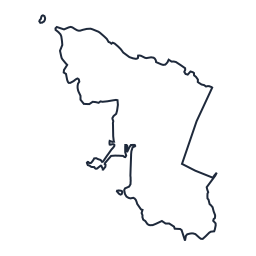 Ngerkebesang, Palau (Equal Earth projection)
{"feature_id": "81905179B69060738119315", "entity_name": "Ngerkebesang", "entity_type": "district", "adm_level": 2, "iso_a3": "PLW", "parent_name": "Palau", "parent_adm1": "", "projection": "equal_earth", "projection_center": [134.445, 7.355], "detail": "fine", "context": "isolated", "style": "outline", "palette": "slate", "viewbox_px": 256, "rotation_deg": 0, "n_neighbors": 0, "source": "geoboundaries", "source_scale": "gbopen_adm2", "svg_char_len": 5022}
<svg xmlns="http://www.w3.org/2000/svg" viewBox="0 0 256 256"><path d="M207.7,86.1L206.0,86.5L204.1,85.1L201.5,84.5L200.3,83.7L199.0,82.9L197.8,82.0L197.8,81.5L197.9,79.6L197.0,78.3L196.0,76.9L194.3,75.5L194.1,75.4L194.0,74.3L194.0,73.1L193.7,72.9L192.8,72.2L191.8,71.9L190.5,71.5L187.7,74.6L187.1,74.4L185.6,74.0L184.3,71.9L184.9,70.5L185.2,69.9L185.1,68.2L181.1,65.4L175.9,62.0L174.5,61.7L173.7,61.5L171.6,61.6L169.6,60.3L168.7,59.7L167.9,61.3L167.6,62.1L167.4,62.3L166.6,63.3L165.3,64.6L163.1,64.9L161.2,64.3L156.1,62.1L155.8,60.3L154.8,58.6L153.6,57.7L151.1,57.3L146.4,58.1L145.0,57.8L141.8,56.2L141.0,55.8L139.5,55.5L139.0,55.5L138.1,55.6L138.0,57.9L136.8,58.7L135.6,58.8L132.9,58.3L129.4,57.1L123.2,52.5L121.7,50.4L120.6,49.0L120.3,48.7L118.2,46.6L117.4,45.9L114.6,43.5L112.7,42.7L112.6,42.8L111.4,43.7L110.2,42.6L109.0,42.1L108.6,42.0L106.8,38.9L104.5,36.7L102.8,35.2L99.9,32.7L98.4,31.7L92.5,29.3L90.6,28.7L86.8,28.9L82.9,29.8L80.0,30.7L78.6,30.7L77.3,30.3L77.0,30.2L74.7,28.9L72.4,27.4L71.4,27.1L70.7,26.9L68.7,27.4L64.0,29.4L56.8,27.0L56.3,27.5L55.5,28.3L55.6,29.9L55.9,30.1L58.5,32.2L60.5,34.4L61.3,36.4L62.0,41.2L62.3,45.0L61.2,47.7L61.0,48.4L60.8,48.7L60.0,50.8L61.2,56.3L61.6,57.9L62.4,59.3L65.7,63.3L67.2,64.9L65.0,68.4L64.0,69.9L63.7,72.5L66.0,73.9L66.5,76.6L67.2,80.1L67.4,80.5L67.9,81.9L68.7,82.9L70.2,82.9L73.6,81.1L74.8,80.1L76.5,78.9L77.6,78.5L78.8,79.4L79.1,80.7L79.3,81.7L78.7,82.6L78.0,83.7L77.7,85.4L77.6,85.8L77.6,86.3L77.6,88.0L77.9,89.5L78.0,90.1L78.5,91.6L79.6,93.9L80.5,95.8L80.5,99.7L83.7,103.7L83.8,103.9L84.7,103.9L85.8,104.0L89.3,104.1L92.7,101.8L95.7,102.1L98.6,102.8L100.5,101.4L102.5,101.8L106.4,101.4L107.4,101.3L108.5,101.1L113.3,100.3L116.0,99.9L117.5,100.2L117.9,104.9L117.1,110.5L116.2,113.8L113.6,116.0L113.3,116.5L112.4,118.1L112.5,119.0L113.3,121.1L113.1,122.1L112.9,123.2L113.0,124.8L113.2,136.2L113.7,140.8L114.0,141.7L112.8,141.8L112.4,141.9L109.7,140.9L109.6,141.4L109.5,141.9L109.5,143.6L109.7,144.6L110.6,144.7L111.4,144.5L112.2,144.2L113.2,144.2L113.7,144.3L114.1,144.5L114.3,144.7L114.4,144.9L114.3,146.0L113.4,147.4L111.4,149.6L108.1,154.3L107.4,155.2L106.5,156.5L104.5,159.4L103.1,161.5L102.1,161.9L102.0,161.7L101.4,161.0L101.2,160.7L100.6,160.0L100.2,159.8L99.4,159.6L97.5,158.9L97.0,158.6L96.2,158.2L94.2,158.4L93.6,159.5L93.0,160.5L91.2,162.8L90.3,163.0L90.0,163.1L89.1,162.9L88.3,162.0L87.7,161.9L87.2,162.4L86.9,162.7L87.1,163.5L87.3,163.9L87.8,165.1L89.1,165.5L89.7,165.7L90.5,166.4L90.8,166.6L91.9,167.0L92.9,167.0L93.7,167.1L93.9,167.1L94.3,167.1L94.5,167.6L94.7,167.8L95.1,168.3L95.7,168.7L96.4,168.7L96.6,168.7L97.3,168.4L98.8,167.1L99.7,166.5L100.0,166.2L100.6,165.7L101.0,165.7L101.1,165.9L101.5,166.1L101.8,166.9L102.2,167.7L102.7,168.6L102.8,169.2L102.8,169.5L103.3,169.5L103.7,168.8L105.3,166.9L105.5,165.7L105.5,164.7L105.3,164.6L104.7,164.1L104.9,163.5L104.9,163.2L111.1,155.9L115.1,155.6L119.2,155.7L120.9,155.8L123.0,155.9L124.4,156.9L124.5,157.0L125.2,157.1L125.3,157.1L126.2,155.6L125.2,152.2L125.2,150.2L125.2,146.7L125.3,145.5L125.3,145.0L126.5,145.0L127.2,145.7L127.0,152.2L129.5,147.0L130.5,145.6L130.9,145.0L134.3,144.9L134.9,145.1L135.0,145.3L135.2,146.0L134.7,146.5L134.0,146.7L133.3,147.0L132.8,147.2L132.6,147.2L132.4,148.0L131.4,151.2L131.1,154.3L131.1,155.1L130.6,169.1L130.4,175.7L130.6,177.6L130.6,179.7L130.7,180.9L130.6,181.5L130.5,184.2L129.1,186.6L125.0,188.4L124.2,190.1L124.8,193.3L124.9,193.8L125.3,194.6L126.5,196.6L128.6,197.9L130.6,198.4L131.3,198.2L133.3,197.8L134.6,198.5L135.8,199.9L136.6,201.9L137.2,203.9L140.3,208.4L141.0,209.4L142.5,209.9L142.0,211.7L141.6,213.0L141.9,213.7L142.5,215.3L142.5,215.7L142.4,217.1L143.2,219.6L144.0,220.2L145.3,221.0L147.3,223.9L148.0,224.4L148.5,224.8L150.0,225.2L152.7,225.1L155.7,223.9L161.9,221.0L165.4,223.4L165.6,223.5L169.1,223.5L169.3,223.6L174.0,226.6L174.7,228.7L180.1,229.0L181.6,230.1L185.0,240.6L185.5,238.0L185.9,235.8L187.2,234.3L187.6,234.2L189.5,233.7L191.2,233.4L191.8,233.4L193.0,233.4L195.4,234.1L199.4,237.7L200.9,238.8L202.7,238.9L205.7,236.2L208.8,233.1L209.2,232.7L210.8,231.7L214.2,231.3L214.9,229.2L215.3,227.2L215.4,226.8L215.7,225.2L215.6,224.2L215.6,223.4L214.9,222.6L213.2,220.8L213.7,219.0L214.8,218.2L215.1,216.7L215.1,215.2L214.9,214.6L213.7,211.5L213.0,208.9L212.6,207.2L212.1,206.7L211.1,205.4L210.5,204.9L209.6,204.1L208.5,199.6L207.5,198.5L207.4,196.2L207.5,193.6L208.2,192.2L207.5,190.4L207.0,188.6L206.7,187.2L215.3,175.6L216.4,173.4L216.7,172.7L214.4,175.4L212.8,177.7L195.3,170.7L182.0,163.9L196.6,121.2L197.3,119.7L203.4,106.6L210.5,91.3L212.2,87.6L211.6,87.1L208.9,86.1L207.7,86.1ZM41.6,16.3L41.2,17.2L41.1,17.7L40.9,18.9L39.8,20.0L39.3,21.3L40.3,22.8L40.5,22.7L42.3,22.6L43.0,22.0L44.0,21.5L44.9,19.8L45.0,19.2L45.1,18.1L44.4,16.1L44.2,16.0L43.1,15.4L42.7,15.4L41.8,15.9L41.6,16.3ZM117.0,191.1L116.9,191.4L117.4,191.9L118.0,192.6L118.8,193.6L119.4,194.0L120.4,194.6L121.6,194.2L122.2,192.6L122.2,192.4L122.1,191.3L120.9,190.7L119.3,190.6L118.9,190.4L118.0,190.6L117.1,190.7L117.0,191.1Z" fill="none" stroke="#1e293b" stroke-width="2"/></svg>